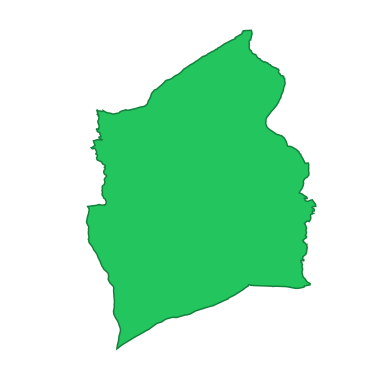 Dobresti, Arges, Romania, rotated 158°
{"feature_id": "2599482B48483395100218", "entity_name": "Dobresti", "entity_type": "district", "adm_level": 2, "iso_a3": "ROU", "parent_name": "Romania", "parent_adm1": "Arges", "projection": "natural_earth1", "projection_center": [25.137, 44.956], "detail": "fine", "context": "isolated", "style": "filled", "palette": "green", "viewbox_px": 384, "rotation_deg": 158, "n_neighbors": 0, "source": "geoboundaries", "source_scale": "gbopen_adm2", "svg_char_len": 5944}
<svg xmlns="http://www.w3.org/2000/svg" viewBox="0 0 384 384"><g transform="rotate(158 192 192)"><path d="M151.1,309.3L153.4,309.1L155.4,308.0L158.4,306.8L161.0,306.2L163.4,306.1L166.0,305.6L168.0,304.9L170.7,304.7L173.8,305.2L175.3,304.9L176.5,304.1L180.1,302.6L182.7,301.8L186.4,300.5L188.1,300.7L189.0,300.5L189.8,299.9L191.7,299.1L192.9,298.1L195.0,295.5L195.3,295.4L196.3,294.2L198.2,293.1L199.5,291.3L200.2,290.8L200.5,290.2L203.2,289.5L203.7,289.2L208.9,290.2L213.0,290.5L220.1,291.6L221.8,292.2L222.6,293.1L224.5,293.1L226.8,293.4L228.5,293.4L229.8,292.7L230.7,292.7L233.1,293.3L234.8,293.5L236.6,294.2L238.1,295.6L240.6,297.0L242.1,298.3L243.9,300.9L244.1,300.4L244.9,300.2L246.6,301.4L248.2,302.1L248.6,302.5L248.8,303.1L249.4,303.5L249.9,302.9L249.6,302.6L249.2,301.8L249.7,301.3L250.1,300.8L250.0,300.4L249.6,299.7L249.7,299.4L250.4,299.3L250.2,299.1L250.5,298.6L250.3,298.3L249.9,298.2L249.9,297.7L250.4,297.2L250.2,296.8L250.2,296.1L251.6,293.9L252.9,292.9L253.1,291.2L253.3,290.7L253.2,288.8L253.4,287.9L255.2,285.1L255.5,285.1L256.2,286.1L256.7,286.2L257.1,286.0L257.1,285.8L256.9,284.6L257.1,283.8L257.0,283.3L255.2,281.6L255.7,280.1L255.5,279.6L255.6,278.3L255.6,277.5L255.9,277.3L256.3,277.3L257.3,277.8L257.6,277.7L258.0,277.0L256.2,274.8L255.8,274.0L256.3,273.9L256.9,274.5L258.2,275.1L259.2,275.3L259.7,275.7L261.0,276.1L263.0,276.1L264.2,276.4L264.4,274.3L264.4,271.4L265.9,271.3L267.5,270.7L268.9,270.8L268.6,269.8L268.2,269.4L267.2,269.1L266.1,269.0L265.6,268.6L265.4,268.0L265.6,267.1L265.3,266.1L265.5,264.7L265.6,264.4L266.9,263.3L266.9,263.1L266.1,262.6L265.9,262.2L265.9,261.9L266.9,259.9L267.7,259.4L267.8,259.1L267.9,258.2L267.8,257.2L264.7,253.9L264.5,253.4L264.5,252.2L264.3,251.4L262.8,249.7L262.5,248.7L262.8,248.3L263.8,247.9L264.1,247.5L263.5,247.0L263.4,246.4L265.6,244.8L266.5,243.5L266.5,242.0L266.3,241.0L265.9,240.4L265.3,239.9L265.1,239.3L265.1,238.9L266.7,237.8L268.3,237.0L268.7,236.2L269.1,233.7L269.3,233.4L270.7,231.7L272.0,231.5L272.7,231.2L273.5,230.2L274.1,228.3L275.0,226.9L275.0,225.9L275.2,225.6L275.1,225.3L275.1,224.9L275.9,224.3L276.5,222.7L276.4,222.4L275.9,221.7L276.1,221.0L276.1,219.6L275.9,219.0L275.2,218.0L275.1,217.4L275.3,216.3L275.0,215.6L275.1,215.0L275.7,214.2L276.0,213.4L277.7,212.6L277.8,212.9L278.9,213.0L280.2,213.4L282.7,215.1L284.0,215.4L285.4,215.4L294.2,217.7L293.8,215.3L293.9,214.2L295.8,211.0L298.1,208.3L300.6,204.4L301.1,203.5L301.1,201.5L300.8,198.1L302.1,196.0L302.4,194.8L303.1,193.7L304.1,190.6L304.5,188.5L304.7,188.0L305.8,187.1L305.8,185.7L306.1,184.9L306.3,183.4L305.0,179.0L304.8,177.1L304.7,174.8L304.1,172.9L303.4,169.9L303.6,166.6L303.2,162.0L303.3,158.5L303.2,156.6L302.8,155.2L302.7,153.6L302.1,152.2L300.4,148.8L300.2,147.6L300.7,145.9L301.2,144.4L302.0,143.2L302.5,142.0L302.0,138.2L300.5,134.6L300.3,133.9L300.4,132.7L301.8,129.5L305.0,119.3L306.1,117.2L307.3,114.1L309.5,110.8L310.3,107.9L310.3,107.4L310.0,105.8L310.1,104.6L309.3,100.2L309.2,98.5L309.5,94.8L309.5,93.3L309.7,91.6L310.8,89.3L313.5,85.9L316.4,80.7L318.2,78.5L320.4,74.7L313.5,76.6L298.2,79.1L291.0,79.9L286.8,80.6L283.6,80.8L274.9,83.1L273.5,83.3L268.7,82.9L265.4,83.7L263.4,83.9L257.3,83.2L254.4,82.0L253.4,81.4L243.8,80.5L243.1,80.0L238.8,79.6L233.6,80.4L221.0,79.5L214.8,78.7L203.9,79.3L198.5,79.4L198.0,79.8L197.2,80.1L191.5,80.5L181.6,82.3L178.0,83.3L175.2,83.8L174.8,84.4L174.1,84.8L172.4,83.5L170.1,82.3L153.1,74.7L152.8,74.3L149.7,73.3L139.9,68.9L131.9,63.8L129.5,62.9L124.9,62.0L123.4,62.0L123.0,62.7L117.3,61.7L116.8,62.9L118.8,65.2L119.1,66.0L119.8,69.5L120.8,71.4L120.6,73.4L120.1,76.6L118.5,78.6L118.2,79.3L118.1,80.1L118.3,81.0L117.6,82.2L116.8,83.2L117.1,83.9L116.7,84.6L116.7,85.4L117.3,86.1L116.7,86.9L116.6,87.5L114.2,86.4L113.6,87.4L114.9,88.4L114.2,89.1L113.3,90.5L110.1,91.6L109.0,92.3L105.9,97.5L105.8,98.9L105.1,100.4L105.9,100.8L106.7,103.5L107.4,103.7L107.4,105.7L106.6,105.6L105.4,106.4L103.6,106.6L102.5,107.3L102.6,108.1L103.3,109.2L102.0,110.1L101.0,111.6L100.8,112.6L100.9,113.5L100.2,114.6L99.3,115.5L99.2,119.9L99.6,120.5L98.1,121.3L95.9,122.0L94.5,120.7L92.8,121.8L91.6,123.3L90.7,126.5L87.3,126.7L88.2,127.5L87.6,129.2L85.7,128.6L85.1,130.3L86.4,131.9L86.5,132.9L85.4,133.1L82.7,132.3L82.1,134.2L83.2,138.4L83.3,139.6L85.0,140.0L87.8,139.9L89.2,140.5L89.6,141.0L90.2,141.9L90.0,143.5L90.2,144.0L89.9,144.0L89.3,143.8L88.1,142.8L87.7,142.8L87.4,143.9L88.3,145.5L89.0,146.2L90.6,148.8L91.2,149.6L92.9,150.8L91.5,152.4L88.8,153.9L86.5,156.3L85.1,158.5L85.0,159.0L85.1,159.7L83.8,161.2L81.9,162.3L80.1,162.5L79.2,162.8L77.3,164.0L76.7,165.1L75.8,168.6L74.8,170.5L74.6,171.4L73.7,173.4L73.2,175.2L76.4,176.3L76.7,181.4L77.3,184.9L77.1,186.3L77.8,187.1L77.9,189.4L78.3,190.0L78.6,190.9L79.2,192.0L82.0,195.8L83.8,197.5L85.9,198.4L86.2,199.4L85.7,203.2L86.3,207.6L87.8,210.5L92.1,214.0L95.5,219.3L96.5,220.4L97.5,222.3L98.1,224.0L98.1,227.5L96.1,231.8L94.4,233.4L92.7,234.3L87.9,237.2L85.8,238.1L80.8,240.9L78.0,243.0L76.5,244.7L74.7,245.8L74.2,246.4L73.7,247.0L73.5,247.7L73.0,248.4L71.2,249.9L70.1,251.0L69.0,252.4L67.6,254.7L65.4,257.1L64.7,258.7L64.5,260.2L63.9,261.5L63.6,262.7L64.3,263.3L64.3,263.9L63.7,264.9L64.9,266.1L65.8,266.5L66.2,267.5L66.2,268.8L66.8,269.8L67.0,270.6L66.6,271.4L65.8,272.2L66.0,273.6L67.2,274.5L67.4,275.3L69.8,277.3L70.7,278.4L71.6,279.8L71.7,280.6L72.7,281.5L73.5,283.3L74.5,284.0L75.7,285.5L76.9,285.6L78.1,287.7L79.3,289.3L79.1,290.1L80.4,291.0L81.2,292.9L81.2,294.0L81.5,295.6L83.3,296.9L84.2,298.4L84.2,300.7L84.8,301.8L85.2,303.0L84.8,305.1L83.9,306.3L83.0,309.6L81.5,311.3L80.7,311.0L76.8,316.6L76.8,317.0L76.4,319.7L84.0,322.3L84.5,321.5L85.4,321.4L86.3,320.0L94.1,319.0L94.4,317.9L98.2,317.9L106.6,317.1L109.0,316.6L111.2,316.0L114.4,315.7L115.1,315.4L115.3,314.9L115.9,314.9L116.8,315.3L118.3,314.7L121.7,314.6L122.7,314.3L125.2,314.2L125.7,313.9L128.0,313.3L131.5,313.6L133.6,312.9L138.1,311.8L139.4,311.7L141.8,311.0L146.2,310.5L151.1,309.3Z" fill="#22c55e" stroke="#15803d" stroke-width="1.5"/></g></svg>